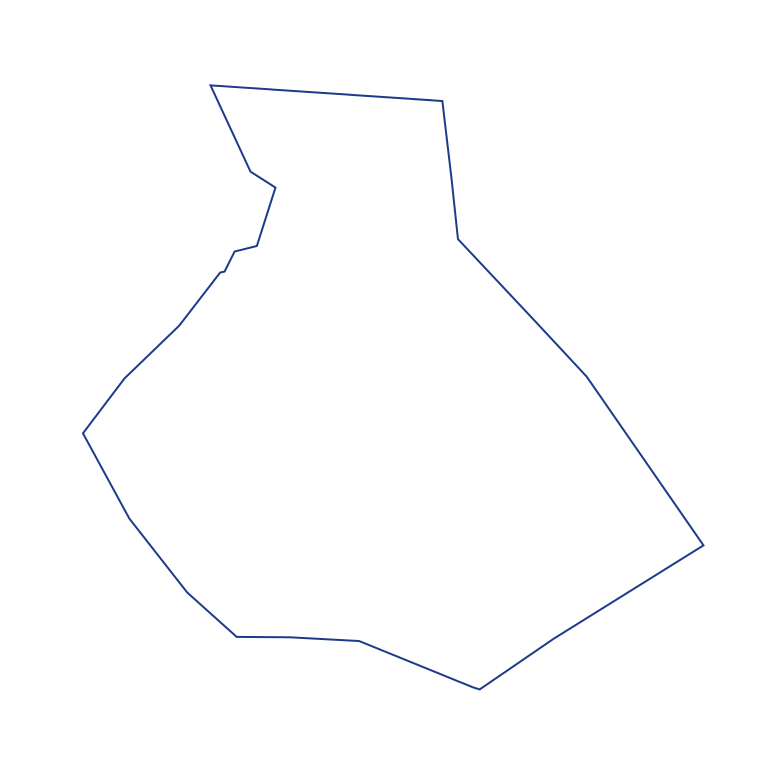 Bayanjargalan, Dundgovi, Mongolia (Natural Earth projection), rotated 265°
{"feature_id": "93677404B99801901120424", "entity_name": "Bayanjargalan", "entity_type": "district", "adm_level": 2, "iso_a3": "MNG", "parent_name": "Mongolia", "parent_adm1": "Dundgovi", "projection": "natural_earth1", "projection_center": [108.081, 45.774], "detail": "fine", "context": "isolated", "style": "outline", "palette": "blue", "viewbox_px": 768, "rotation_deg": 265, "n_neighbors": 0, "source": "geoboundaries", "source_scale": "gbopen_adm2", "svg_char_len": 474}
<svg xmlns="http://www.w3.org/2000/svg" viewBox="0 0 768 768"><g transform="rotate(265 384 384)"><path d="M412.2,126.0L361.1,79.8L272.1,118.6L193.4,169.8L144.9,215.2L139.9,268.0L130.1,336.8L82.3,430.1L74.1,446.1L71.4,452.7L115.6,531.1L195.4,688.2L373.6,586.6L430.7,542.1L521.9,470.3L581.6,469.2L660.8,466.8L696.6,237.2L607.2,269.5L589.1,293.0L532.6,269.4L529.0,246.7L509.9,235.0L509.3,230.5L460.0,185.1L412.2,126.0Z" fill="none" stroke="#1e3a8a" stroke-width="2"/></g></svg>